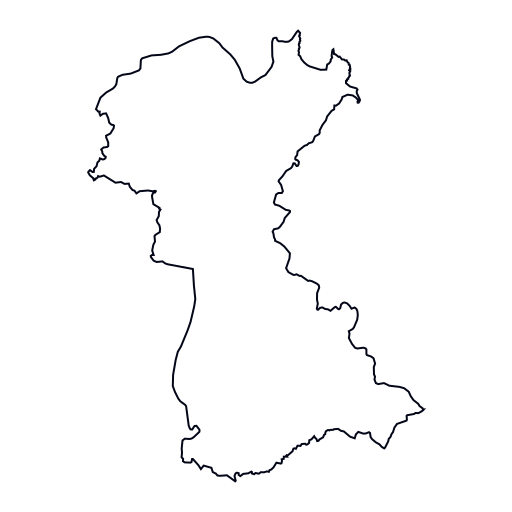 Sirindhorn, Ubon Ratchathani, Thailand (Natural Earth projection)
{"feature_id": "78962969B9944592698324", "entity_name": "Sirindhorn", "entity_type": "district", "adm_level": 2, "iso_a3": "THA", "parent_name": "Thailand", "parent_adm1": "Ubon Ratchathani", "projection": "natural_earth1", "projection_center": [105.457, 15.111], "detail": "fine", "context": "isolated", "style": "outline", "palette": "ink", "viewbox_px": 512, "rotation_deg": 0, "n_neighbors": 0, "source": "geoboundaries", "source_scale": "gbopen_adm2", "svg_char_len": 5980}
<svg xmlns="http://www.w3.org/2000/svg" viewBox="0 0 512 512"><path d="M354.7,438.3L355.9,434.4L358.3,431.9L363.3,433.6L365.7,433.5L369.0,432.2L370.0,432.9L370.6,437.0L372.1,439.2L375.8,442.3L379.4,444.3L381.8,446.9L384.2,448.4L385.0,447.7L388.1,441.6L388.8,438.8L390.4,437.1L391.6,434.0L393.0,432.1L394.4,427.6L397.0,423.9L406.5,420.6L406.9,419.6L406.6,415.9L407.2,415.2L414.1,414.0L415.4,413.0L418.5,413.1L422.3,410.9L423.8,409.4L422.9,409.4L422.6,408.3L419.5,406.0L418.3,403.9L413.4,400.0L410.7,396.1L408.7,391.7L404.1,388.2L399.5,386.9L389.3,385.7L384.0,383.1L378.2,384.1L375.9,383.1L374.5,379.6L375.0,376.5L374.0,374.4L373.8,367.0L375.1,363.6L373.5,358.2L370.9,356.4L367.0,355.1L366.4,354.1L366.4,349.5L365.6,348.4L363.4,347.7L357.3,348.5L355.1,347.8L352.0,343.9L348.9,338.1L349.5,333.7L348.8,331.2L352.7,329.0L354.0,327.3L357.2,319.7L357.8,315.0L357.4,311.2L356.4,308.9L354.6,307.5L351.5,308.7L349.5,305.7L347.0,303.3L344.6,302.5L343.0,302.8L341.1,304.5L340.2,308.2L339.1,309.2L338.4,309.2L335.8,306.8L334.7,307.2L330.5,310.8L327.9,309.3L325.2,309.0L322.3,307.4L320.0,307.9L318.0,309.8L317.2,309.5L316.8,308.6L317.8,303.7L317.0,299.6L317.1,293.1L319.2,287.7L318.8,285.3L316.8,283.6L312.2,281.3L309.8,280.6L308.1,280.9L301.1,275.9L299.5,275.9L296.6,274.3L294.2,275.0L293.0,274.7L288.4,272.1L286.1,268.2L289.5,258.4L289.9,253.3L284.4,246.6L280.2,243.2L275.1,240.8L275.1,239.5L274.0,237.3L273.4,233.3L272.6,231.8L274.0,229.2L278.0,228.4L279.6,227.2L283.6,221.8L284.7,218.1L290.0,212.0L290.0,211.0L289.2,210.5L285.7,209.8L279.4,205.8L274.9,204.5L273.9,202.4L276.1,194.5L278.4,193.0L281.8,193.0L282.9,191.2L281.1,184.9L278.6,181.4L278.9,180.2L282.5,176.3L286.1,171.0L291.0,168.1L292.2,166.6L293.4,163.3L294.6,163.3L296.6,166.0L297.8,165.8L298.6,164.3L298.9,161.8L297.4,160.2L295.7,159.7L295.2,159.0L295.5,157.1L297.1,155.1L297.6,151.4L304.5,145.8L307.1,144.9L308.7,143.3L312.2,142.2L313.2,140.9L314.9,136.5L319.2,134.0L319.7,132.7L319.7,130.3L322.5,124.9L326.0,120.2L327.1,116.5L331.6,110.8L334.1,109.4L334.4,105.5L335.9,105.7L339.1,103.5L341.6,99.5L342.4,97.0L347.6,94.7L352.6,95.4L355.7,97.4L358.2,100.1L357.5,101.7L357.7,102.7L358.6,102.7L359.7,100.9L360.0,99.8L356.8,93.2L356.7,91.2L357.5,89.6L356.6,88.4L350.0,86.5L346.0,83.2L346.0,80.9L347.1,80.6L346.9,79.4L348.2,78.9L348.1,78.1L349.0,77.2L349.2,76.1L350.0,75.7L349.3,73.1L350.2,71.3L349.1,70.3L349.6,69.3L350.3,69.5L350.4,68.4L349.9,67.7L350.1,66.8L349.6,64.7L348.8,64.6L348.6,63.0L347.3,61.9L346.6,60.3L345.3,60.6L344.1,59.6L341.9,59.4L339.7,56.6L338.6,56.9L335.4,54.3L334.1,54.1L333.4,49.3L332.5,50.0L332.1,51.8L331.6,56.1L332.2,57.4L330.7,59.8L330.7,61.2L329.0,63.5L327.2,64.5L326.3,69.6L320.6,69.8L309.7,66.4L307.4,65.2L304.3,62.6L301.5,59.3L300.1,56.1L298.6,54.9L299.0,52.1L298.4,50.9L299.0,49.4L298.9,48.6L299.6,47.7L298.8,44.6L299.0,43.5L299.6,43.1L299.5,41.7L300.3,40.9L299.9,39.4L300.3,38.6L299.1,36.1L299.9,35.1L299.6,34.4L300.1,32.9L298.1,30.7L296.8,31.9L291.9,39.2L288.8,41.5L285.8,41.9L281.9,41.2L278.9,41.3L277.5,40.4L276.4,37.8L274.9,37.8L273.2,38.5L272.2,41.6L272.1,45.2L272.3,56.1L273.4,61.7L271.5,67.0L265.4,75.1L261.0,77.3L254.9,81.7L252.1,82.8L250.1,82.8L246.7,81.7L243.4,78.7L239.7,68.5L234.8,59.8L230.3,54.4L222.5,47.5L219.4,43.3L213.4,38.5L209.3,36.9L206.4,36.7L199.0,37.7L190.0,41.1L179.1,46.3L172.1,51.7L168.4,53.4L160.9,54.8L151.6,55.4L142.2,58.3L140.9,60.0L140.4,68.5L138.9,70.4L130.7,73.6L122.5,74.8L118.0,76.8L117.3,78.1L116.3,84.2L115.1,86.3L113.0,88.5L106.2,92.5L100.4,97.7L96.0,109.2L98.4,111.7L99.7,111.7L99.5,113.5L100.4,115.6L102.9,113.8L106.1,113.4L108.2,118.1L109.2,122.6L111.4,124.7L113.4,125.0L114.0,125.7L113.6,128.3L110.3,133.6L106.1,135.7L106.2,137.4L108.2,142.4L108.2,146.2L107.1,147.0L103.5,147.5L101.2,149.5L102.2,151.3L102.4,153.2L104.3,155.9L105.7,156.7L105.6,157.9L104.4,159.1L102.7,159.5L99.9,158.4L99.3,160.7L97.5,162.4L96.5,166.3L94.1,168.8L93.8,171.9L92.5,172.0L90.0,170.1L88.4,171.7L88.2,172.5L89.9,175.4L93.1,178.1L93.9,180.3L95.3,179.6L95.4,178.6L96.6,178.3L97.8,177.2L98.1,176.1L99.8,176.7L103.9,175.5L115.5,182.7L121.0,182.0L124.5,183.9L128.8,183.6L129.8,186.8L132.5,190.0L134.5,190.7L136.4,193.4L139.7,191.2L148.1,190.5L152.6,191.3L155.1,190.8L155.8,191.2L155.0,192.5L153.2,192.8L152.0,195.4L152.1,197.2L153.4,204.2L159.4,207.8L159.1,208.6L160.5,209.5L159.0,211.9L158.8,216.1L156.6,220.1L157.4,222.4L159.4,225.3L160.1,228.7L159.8,232.1L155.5,234.8L154.5,236.1L155.0,241.5L153.3,244.9L152.2,250.5L153.6,255.0L152.2,254.9L150.8,255.8L150.9,257.0L153.7,260.7L156.7,262.0L162.4,261.4L165.4,263.5L167.8,264.3L192.9,269.0L193.9,285.3L195.3,299.1L194.2,306.4L190.5,322.1L187.5,330.6L180.9,346.6L177.8,351.8L175.7,359.9L173.1,374.8L172.8,386.1L174.9,391.8L178.3,398.6L180.3,401.3L185.1,404.8L186.1,406.1L188.7,425.6L189.8,428.4L190.6,429.4L192.2,429.5L194.5,426.0L196.4,425.8L199.4,429.6L199.5,431.2L199.3,431.9L193.8,437.1L191.7,438.5L189.6,439.0L184.8,438.7L182.5,440.5L181.7,448.5L182.0,452.9L181.6,457.3L183.1,458.8L183.0,461.3L184.8,462.4L190.5,462.6L191.5,462.0L192.1,459.0L192.9,459.0L198.4,465.2L200.9,469.1L203.7,465.6L211.4,467.8L212.8,472.1L215.9,473.6L217.4,475.5L219.8,475.8L226.9,475.3L235.2,481.3L235.7,480.7L234.5,476.0L235.5,473.5L236.7,472.7L238.6,473.1L238.7,474.9L240.3,476.1L243.2,473.9L248.3,473.3L251.4,471.6L251.9,472.0L252.0,473.5L254.2,474.2L255.5,473.0L258.8,473.7L260.8,472.2L264.0,472.3L266.9,471.4L268.9,471.8L269.5,470.2L271.3,469.5L273.5,467.4L276.4,462.7L280.9,463.6L281.5,463.2L282.0,461.0L281.7,459.3L283.7,458.9L283.8,456.7L286.8,456.7L286.1,455.9L286.6,455.2L287.4,455.7L292.5,451.3L293.4,448.7L294.5,448.3L295.9,448.8L297.5,445.7L300.5,445.9L301.6,444.1L305.1,443.7L306.2,444.7L307.5,444.3L309.1,442.9L309.3,440.2L311.4,439.4L314.2,436.2L315.1,437.8L316.4,438.9L317.2,441.1L318.4,440.9L319.4,439.5L323.1,437.3L324.1,434.8L325.2,434.2L325.4,432.3L326.2,431.0L328.0,430.0L329.4,430.4L330.0,429.9L333.3,429.8L334.0,429.2L338.2,428.9L340.9,430.8L343.8,431.4L350.1,436.7L354.7,438.3Z" fill="none" stroke="#020617" stroke-width="2"/></svg>